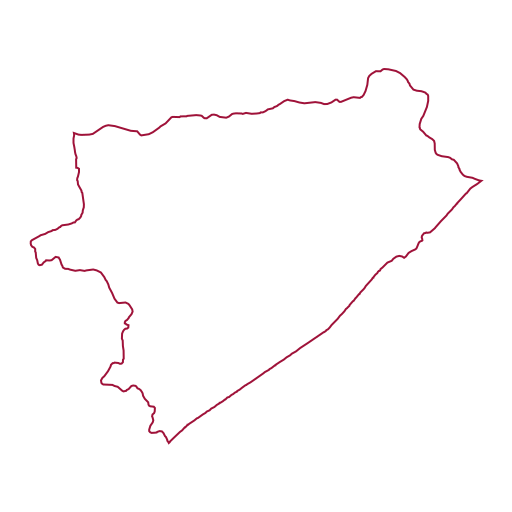 the district of Morales, Izabal, Guatemala
{"feature_id": "79465075B97649712901036", "entity_name": "Morales", "entity_type": "district", "adm_level": 2, "iso_a3": "GTM", "parent_name": "Guatemala", "parent_adm1": "Izabal", "projection": "robinson", "projection_center": [-88.797, 15.422], "detail": "fine", "context": "isolated", "style": "outline", "palette": "rose", "viewbox_px": 512, "rotation_deg": 0, "n_neighbors": 0, "source": "geoboundaries", "source_scale": "gbopen_adm2", "svg_char_len": 5959}
<svg xmlns="http://www.w3.org/2000/svg" viewBox="0 0 512 512"><path d="M73.9,133.0L74.1,134.1L74.1,134.7L74.1,135.5L74.0,136.1L73.9,136.6L73.7,137.5L73.6,138.1L73.5,138.7L73.5,140.8L73.5,142.1L73.5,142.7L73.6,143.5L73.8,144.5L74.3,147.0L74.8,150.1L75.0,151.9L75.5,154.2L75.9,155.2L76.2,156.0L76.4,156.7L76.5,157.2L76.6,157.7L76.6,158.2L76.1,159.2L76.2,166.0L76.2,166.9L76.2,167.7L77.0,167.8L77.5,167.9L78.3,168.3L79.0,168.8L79.0,172.1L77.9,176.7L77.3,178.1L77.1,180.1L77.7,181.1L78.0,184.4L79.4,187.0L81.4,190.5L81.7,192.2L82.3,192.9L83.9,204.2L83.8,207.3L82.8,210.4L82.6,212.7L81.3,214.9L81.2,215.9L80.4,217.4L78.6,219.3L77.5,219.5L76.2,220.5L74.9,222.4L73.4,222.5L71.8,223.4L68.3,224.5L62.2,225.3L60.8,226.2L60.3,227.0L59.4,227.2L57.5,228.8L55.3,229.9L52.5,230.2L51.7,231.0L48.2,232.1L45.2,233.9L40.4,235.3L39.9,235.8L31.9,240.2L30.8,241.4L30.7,243.5L31.1,245.2L32.3,246.8L34.0,247.5L35.2,249.0L35.2,251.6L35.7,252.4L36.2,257.9L37.2,260.2L37.9,263.6L38.7,264.8L39.7,265.2L41.9,264.7L43.7,262.4L45.8,260.9L46.1,260.3L49.6,260.5L51.6,260.2L55.6,256.9L58.7,257.5L59.1,258.3L60.0,259.7L61.6,264.7L62.2,265.5L62.9,267.5L65.1,268.8L68.2,268.9L70.0,269.6L75.3,270.8L79.9,270.1L84.6,270.9L86.4,270.4L93.2,269.5L96.7,270.4L100.9,272.5L104.3,277.1L105.7,280.0L106.7,281.1L108.3,284.4L109.2,287.6L112.1,293.0L114.5,298.7L117.4,302.6L119.1,303.1L125.5,302.5L128.4,303.9L129.5,305.2L132.2,309.4L132.6,311.6L131.5,314.2L128.8,317.4L128.7,318.0L127.0,320.0L125.5,320.9L124.8,322.2L124.8,323.4L125.7,323.7L126.4,324.5L128.5,325.2L128.3,327.6L127.0,328.6L125.4,328.7L124.1,329.8L123.1,331.2L122.1,333.6L121.9,338.7L122.7,340.5L122.9,346.0L123.6,350.6L123.7,358.7L123.0,359.7L122.9,362.2L121.6,363.6L120.0,363.8L118.3,363.0L114.5,362.6L113.8,363.1L112.7,363.1L111.0,364.8L110.5,366.6L108.0,371.2L104.3,376.2L102.4,377.9L101.0,380.4L101.4,382.9L102.4,384.0L103.4,384.5L112.4,384.9L114.6,386.0L117.7,386.8L122.3,390.8L123.5,391.4L124.4,391.2L126.2,390.8L126.7,390.0L128.6,389.1L129.5,388.1L131.4,386.0L133.2,385.5L134.5,385.7L135.3,385.8L136.0,386.2L136.5,386.7L136.8,387.4L137.6,388.4L139.0,388.9L140.6,390.1L141.9,392.0L142.6,393.3L143.1,395.8L144.8,398.8L148.2,402.3L148.5,404.6L149.1,405.7L150.3,406.3L153.8,406.7L154.9,408.0L154.7,411.5L154.1,413.1L152.5,414.5L152.1,416.4L152.5,417.2L153.3,420.3L152.7,422.4L150.4,425.7L149.2,429.6L149.2,431.1L150.1,432.2L151.5,432.9L155.0,432.7L156.7,432.5L157.2,431.9L159.6,431.1L161.9,431.4L163.5,433.1L165.0,436.1L166.0,437.1L167.3,440.0L167.3,440.7L168.5,442.3L168.8,443.0L169.8,442.1L169.9,441.6L173.7,437.9L180.0,431.9L182.1,430.4L184.8,427.3L185.2,427.4L187.3,425.2L187.5,424.7L188.1,424.8L189.2,423.8L194.4,420.4L196.9,418.3L197.9,418.0L202.9,414.4L205.5,412.9L206.7,411.6L209.6,410.3L211.2,408.6L214.4,407.0L216.8,404.9L219.4,403.4L219.6,402.8L220.3,402.8L222.9,401.2L224.9,399.5L225.4,399.5L227.3,397.5L228.3,397.2L229.0,397.1L231.5,394.9L233.1,394.1L234.9,392.6L237.0,391.6L237.2,391.0L239.6,389.7L242.2,387.6L245.5,385.2L246.3,385.0L247.2,384.2L247.9,383.8L250.4,382.4L258.0,377.1L263.4,373.3L264.8,372.1L268.9,369.9L269.5,369.1L271.4,368.1L275.1,365.2L275.5,365.3L275.9,364.6L279.1,362.5L279.5,362.2L283.8,359.6L286.6,357.3L290.1,355.3L291.8,353.7L296.0,351.4L300.2,348.0L307.4,343.3L323.8,332.1L324.2,332.1L325.9,330.9L326.3,330.2L328.0,329.3L329.8,327.4L331.5,325.1L337.7,318.8L340.0,315.7L341.8,314.1L344.4,311.3L345.9,309.0L347.0,308.2L347.6,307.5L349.4,305.8L349.6,305.0L351.5,302.8L353.0,301.1L353.6,300.9L355.6,298.0L356.0,297.8L359.0,294.1L359.5,294.1L360.3,292.5L363.6,289.2L364.6,288.0L365.8,286.0L371.8,279.4L372.7,277.9L373.4,277.7L373.5,277.1L375.4,274.7L377.3,273.1L377.9,271.9L378.9,270.9L379.3,270.9L380.0,270.5L380.6,269.0L382.4,267.6L387.4,262.6L391.7,260.8L393.3,258.8L396.4,256.6L399.3,255.9L402.2,256.5L404.1,257.8L405.9,256.5L408.6,252.9L411.5,251.1L415.3,249.4L416.4,248.5L417.3,246.5L418.6,243.2L419.5,241.9L420.2,241.5L421.0,241.1L421.8,240.9L422.4,240.4L422.1,238.4L421.7,237.6L421.9,236.1L422.4,235.3L424.1,233.2L425.7,233.0L426.2,232.5L427.3,232.8L430.0,232.4L434.9,228.2L435.3,227.6L440.9,221.2L446.5,215.5L447.7,213.7L452.0,209.4L453.5,207.2L454.7,206.2L456.8,203.6L457.2,203.5L457.2,203.1L460.4,199.7L466.0,193.5L466.6,193.3L470.3,188.6L472.4,187.0L477.3,183.9L481.3,180.8L480.1,180.6L478.5,180.2L474.7,178.8L472.5,177.8L466.8,176.8L464.5,176.0L462.8,174.6L460.6,171.8L459.5,169.7L459.6,169.2L458.4,167.2L458.4,166.4L457.1,163.4L453.8,159.8L451.9,159.3L450.1,157.8L448.2,157.1L441.7,156.2L437.6,154.8L436.6,154.1L435.7,152.9L434.8,149.9L434.7,143.5L434.1,140.9L432.2,139.1L429.3,137.4L427.3,135.8L426.4,135.6L423.1,131.7L420.4,129.5L419.9,128.7L419.9,127.9L419.5,127.3L419.7,124.0L421.3,118.8L423.3,115.9L426.9,107.0L428.2,100.9L428.2,96.0L427.7,94.6L426.4,93.8L425.5,92.7L423.5,91.9L421.3,91.2L416.8,90.7L413.4,89.6L410.0,85.5L409.4,83.6L408.0,81.9L407.7,80.8L406.8,79.3L404.7,77.0L400.1,73.1L396.0,71.0L388.4,69.3L384.1,69.0L382.6,69.5L380.5,71.3L375.9,71.2L371.6,73.8L369.3,75.9L368.1,78.1L367.3,84.9L365.5,91.1L363.6,95.0L361.8,97.0L360.7,97.2L360.0,97.9L353.7,97.2L351.2,97.7L340.9,101.9L339.5,101.9L337.1,99.7L335.5,99.7L331.5,102.4L327.3,104.0L324.1,104.1L320.9,102.9L315.3,102.1L304.4,103.3L299.4,102.5L294.5,101.1L289.8,100.4L287.7,99.7L284.2,101.1L279.8,104.1L278.4,104.8L277.4,105.8L275.4,106.7L274.5,106.9L272.9,108.3L267.8,109.4L266.3,110.6L264.8,111.5L262.8,112.4L260.6,112.4L259.9,113.1L256.7,113.5L251.7,113.8L246.0,112.9L242.7,113.9L241.6,113.5L236.1,113.3L233.6,113.6L232.1,114.0L228.9,116.6L226.2,117.7L219.7,116.9L216.7,115.2L214.0,114.6L211.7,114.8L210.6,115.6L206.7,118.3L204.4,118.2L203.5,117.5L201.7,115.8L200.4,115.5L196.3,115.1L187.2,115.9L186.6,116.3L180.5,116.4L179.6,117.1L172.7,116.9L171.4,117.3L165.6,123.4L160.5,126.4L159.3,127.6L152.9,132.2L148.8,134.2L141.3,135.4L140.0,134.6L137.2,131.3L130.8,130.8L114.9,126.1L108.3,125.2L105.7,125.8L103.1,126.9L92.8,133.9L89.2,134.6L81.4,134.9L78.5,134.6L73.9,133.0Z" fill="none" stroke="#9f1239" stroke-width="2"/></svg>